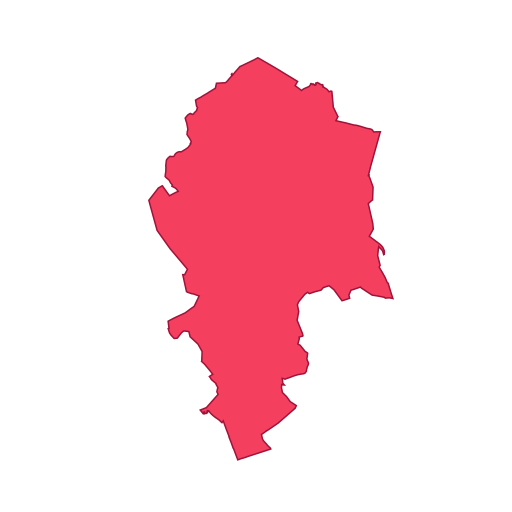 Mores pag., Siguldas, Latvia, rotated 34°
{"feature_id": "27541924B85362854834044", "entity_name": "Mores pag.", "entity_type": "district", "adm_level": 2, "iso_a3": "LVA", "parent_name": "Latvia", "parent_adm1": "Siguldas", "projection": "mercator", "projection_center": [25.077, 57.066], "detail": "fine", "context": "isolated", "style": "filled", "palette": "rose", "viewbox_px": 512, "rotation_deg": 34, "n_neighbors": 0, "source": "geoboundaries", "source_scale": "gbopen_adm2", "svg_char_len": 5890}
<svg xmlns="http://www.w3.org/2000/svg" viewBox="0 0 512 512"><g transform="rotate(34 256 256)"><path d="M128.5,223.0L128.3,223.7L128.2,224.3L128.1,225.8L128.1,226.5L128.3,227.0L128.8,228.0L129.4,229.1L130.6,231.4L132.2,233.5L132.5,234.1L133.9,236.2L135.3,239.2L136.2,240.9L137.6,241.3L140.8,241.6L141.8,241.8L144.1,243.1L147.0,243.9L147.2,245.2L150.8,244.8L152.3,244.9L155.4,245.9L153.9,248.2L151.8,252.1L150.6,254.4L148.3,253.6L140.2,250.6L139.9,250.4L139.6,250.4L139.0,250.2L137.0,254.3L136.8,258.0L136.0,269.7L138.0,271.5L159.7,290.1L180.5,297.9L192.8,301.4L205.5,305.0L206.6,305.4L207.2,310.8L207.3,311.5L205.7,312.4L218.3,324.4L219.6,324.3L223.8,323.2L225.4,322.4L228.8,321.6L231.2,320.9L232.9,332.3L231.7,335.4L229.1,342.7L222.8,353.2L219.6,359.2L224.3,364.6L223.8,365.3L227.3,368.1L229.7,369.1L234.1,370.1L234.6,370.0L235.3,369.3L236.7,368.1L237.1,361.8L237.6,359.5L238.2,358.4L242.6,356.2L246.3,359.6L246.5,359.8L257.2,361.5L264.7,365.3L268.1,370.7L268.1,370.9L268.5,371.4L269.8,373.5L269.8,373.8L274.1,374.5L282.3,376.9L286.3,378.3L285.8,379.3L284.7,382.0L286.7,382.7L288.1,383.4L294.2,384.1L294.3,384.5L298.1,386.5L298.3,387.6L299.5,390.5L302.0,391.9L301.3,397.0L299.6,409.8L299.4,409.8L295.9,414.9L300.4,416.3L300.9,416.1L300.5,415.8L300.2,415.5L300.1,415.2L300.1,414.6L300.2,414.4L300.4,414.1L300.7,414.1L300.9,414.3L301.1,414.7L301.3,415.1L301.6,415.2L302.5,414.6L302.9,414.3L303.1,413.9L303.0,413.4L303.3,413.1L303.3,412.4L303.2,412.2L303.0,412.3L302.7,412.8L302.3,412.1L302.2,411.9L302.3,411.6L302.2,411.3L302.3,411.2L302.6,411.1L302.9,411.0L303.1,411.0L303.4,410.8L303.6,411.0L304.0,411.0L306.4,411.8L309.4,412.3L313.1,412.6L313.5,412.5L317.1,412.6L318.4,412.7L318.6,412.9L321.0,413.2L321.0,411.0L328.6,416.5L335.0,421.0L334.9,421.2L340.1,424.8L344.7,428.2L345.2,428.3L354.9,435.2L355.0,435.0L355.1,434.9L356.5,432.9L359.1,429.8L362.3,425.5L362.5,425.3L363.9,423.5L373.7,410.9L374.7,409.5L374.9,409.5L375.2,409.1L375.3,408.9L375.9,408.0L376.1,407.9L376.2,407.7L375.4,407.3L374.9,407.1L373.3,406.9L371.2,406.5L369.7,406.0L367.4,405.5L365.1,404.8L364.7,404.6L364.2,404.3L363.3,403.7L361.3,401.8L360.3,400.9L361.5,397.9L362.4,395.4L362.3,395.1L362.6,395.0L363.5,393.0L366.1,386.4L366.4,385.7L367.8,382.1L373.4,361.2L373.2,360.9L373.6,360.3L373.1,357.5L365.9,357.6L365.0,357.3L360.1,355.5L354.3,354.4L350.8,351.0L349.2,348.3L349.4,348.3L351.6,347.1L350.2,346.7L349.6,346.5L349.1,346.2L347.7,344.5L346.1,342.8L347.1,342.4L348.2,342.1L348.9,341.9L349.3,341.4L350.5,339.6L351.3,338.7L352.1,337.5L353.2,336.0L354.3,334.4L356.8,331.3L359.7,328.4L361.0,327.3L361.8,326.3L362.1,325.7L362.2,325.3L362.2,324.7L362.2,323.3L361.7,322.4L361.2,321.2L360.9,320.2L360.5,319.6L360.3,318.1L360.2,317.3L359.9,316.3L359.8,315.9L359.4,315.5L357.4,314.1L356.2,313.3L355.9,313.0L355.5,312.5L354.6,310.5L353.6,308.5L353.2,307.7L352.7,307.6L351.7,307.6L350.0,307.6L342.5,305.3L340.1,305.6L339.9,305.5L338.2,300.4L337.1,299.1L339.6,296.2L339.4,295.7L337.9,294.3L325.9,286.2L324.8,283.4L324.3,282.4L322.7,278.6L322.6,278.3L321.3,277.0L317.6,273.3L317.0,270.2L317.0,269.8L317.9,260.4L318.9,257.7L318.9,257.4L321.3,257.3L321.5,257.1L325.0,252.5L329.0,248.0L329.5,244.5L333.2,239.8L339.5,240.4L352.3,245.0L353.2,244.0L357.3,238.7L354.8,236.4L353.9,231.1L355.4,229.4L360.0,223.3L361.5,223.7L364.8,223.6L367.8,223.6L374.1,223.5L379.5,221.0L385.4,218.5L386.8,218.6L388.0,217.6L390.1,216.0L393.3,214.7L388.9,211.3L380.7,204.6L379.6,204.6L374.9,201.5L368.7,198.4L366.9,197.6L364.3,196.3L364.1,194.3L356.7,187.7L353.0,180.8L352.8,180.3L352.9,180.1L352.6,179.6L354.9,180.2L357.0,180.6L358.6,181.4L361.1,183.5L361.4,182.9L360.6,181.5L359.8,180.2L357.0,178.3L355.0,177.5L352.7,177.0L341.7,176.4L338.9,176.3L338.2,168.1L334.6,163.7L319.8,149.8L320.6,146.4L321.3,144.3L319.6,141.6L318.9,140.5L316.8,137.1L314.5,133.4L312.9,132.2L311.5,131.2L307.3,128.1L306.8,127.7L304.9,126.6L304.6,125.8L304.1,126.3L302.0,120.5L301.0,117.8L289.6,83.5L286.4,85.7L284.3,87.3L281.5,86.4L280.1,86.6L278.7,87.2L276.4,88.2L273.4,89.1L269.8,90.2L267.1,91.1L265.7,91.7L265.6,91.8L264.9,92.1L263.8,92.7L255.6,95.6L251.6,97.2L246.6,99.1L246.0,94.6L245.9,94.6L236.9,89.4L227.0,77.3L226.8,77.1L225.8,77.4L224.6,79.0L221.8,78.1L218.3,78.2L218.0,78.2L217.5,78.1L217.0,78.5L216.7,78.3L216.8,78.0L216.7,77.8L216.2,77.5L216.1,77.4L216.0,77.0L215.9,76.9L215.7,76.8L215.2,76.8L215.0,77.2L214.9,77.4L214.3,77.4L214.2,77.5L213.8,77.5L212.9,77.7L212.3,77.7L212.1,77.5L211.9,77.6L211.5,77.8L211.4,77.9L211.2,77.9L210.8,77.8L210.5,77.8L210.3,77.7L210.1,77.7L210.0,77.8L210.0,78.0L209.9,78.2L209.0,78.9L209.0,79.1L208.9,79.2L208.9,79.4L209.0,79.5L209.4,79.5L209.5,79.6L209.7,79.9L210.0,80.6L209.9,80.8L209.8,81.0L209.6,81.3L209.4,81.4L209.3,81.5L209.0,81.3L208.8,81.2L208.3,81.4L208.2,81.4L207.8,81.8L207.5,81.4L207.4,81.5L207.3,81.8L207.0,81.5L205.9,82.2L205.2,82.2L205.1,82.3L205.0,82.5L205.1,82.8L205.4,82.9L205.5,82.9L205.5,83.0L205.4,83.8L205.2,85.8L202.2,90.5L201.9,91.2L201.1,93.4L200.0,93.2L193.2,92.9L192.9,88.0L165.8,89.3L146.7,90.6L145.6,92.7L144.9,94.1L137.2,107.2L136.8,107.7L135.7,116.0L135.8,116.2L135.4,119.2L134.1,118.3L134.0,119.2L135.2,120.1L134.6,124.6L134.4,126.9L133.8,129.4L126.6,134.9L128.5,139.6L128.5,139.8L128.4,139.8L125.2,146.9L125.0,147.5L123.1,151.5L122.8,152.0L121.5,155.1L120.1,157.6L118.7,160.6L123.0,165.1L123.9,165.5L124.6,165.6L124.7,165.8L124.8,166.9L125.0,167.0L125.0,167.6L125.2,168.0L125.3,168.2L125.4,168.6L125.3,169.0L124.7,172.2L124.9,173.1L124.4,174.0L123.3,174.1L123.0,174.6L122.4,174.5L121.7,174.6L120.6,177.1L120.3,179.5L120.2,181.3L122.9,183.6L123.7,184.1L124.3,184.6L128.7,189.1L129.5,191.4L130.9,193.9L135.3,195.7L138.3,197.3L138.7,199.4L138.7,199.5L139.2,199.5L139.0,204.0L137.8,207.1L135.7,211.6L134.5,212.1L133.8,212.7L132.7,214.2L132.1,216.0L132.0,217.2L132.2,218.6L132.1,219.5L131.2,220.1L130.8,220.6L129.5,221.1L128.9,221.5L128.5,223.0Z" fill="#f43f5e" stroke="#9f1239" stroke-width="1.5"/></g></svg>